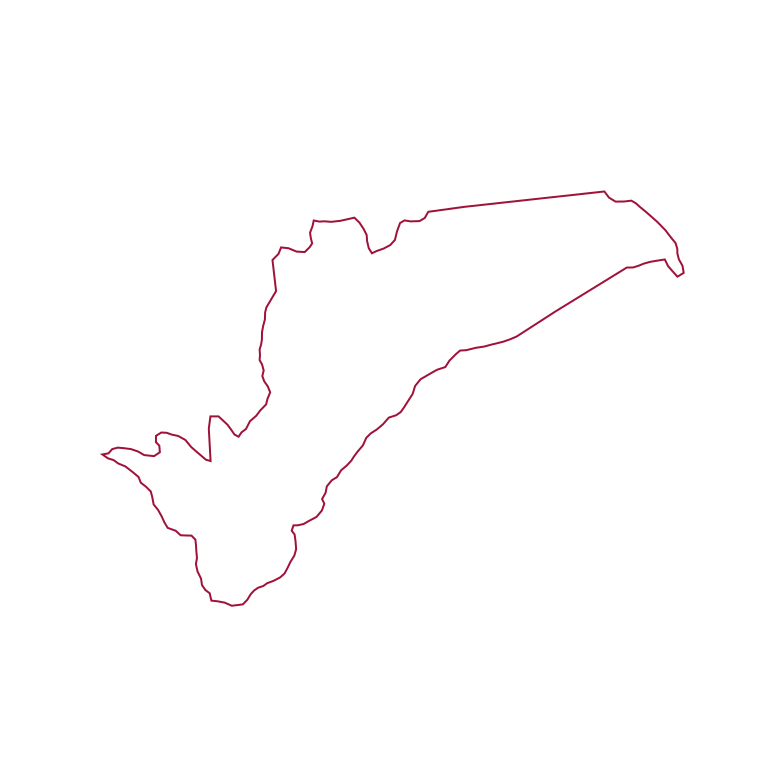 Lajedo do Tabocal, Bahia, Brazil, rotated 204°
{"feature_id": "56859067B65059372475472", "entity_name": "Lajedo do Tabocal", "entity_type": "district", "adm_level": 2, "iso_a3": "BRA", "parent_name": "Brazil", "parent_adm1": "Bahia", "projection": "mercator", "projection_center": [-40.267, -13.448], "detail": "fine", "context": "isolated", "style": "outline", "palette": "rose", "viewbox_px": 768, "rotation_deg": 204, "n_neighbors": 0, "source": "geoboundaries", "source_scale": "gbopen_adm2", "svg_char_len": 2794}
<svg xmlns="http://www.w3.org/2000/svg" viewBox="0 0 768 768"><g transform="rotate(204 384 384)"><path d="M612.6,205.1L606.0,203.8L600.1,204.5L594.4,203.3L586.7,203.5L577.3,201.2L570.4,199.2L566.0,194.9L559.5,193.3L553.4,191.0L549.6,186.3L545.4,180.2L539.2,177.1L533.1,172.5L528.4,168.3L523.1,164.6L514.5,165.2L508.3,163.1L503.2,165.1L498.2,167.2L493.0,165.1L490.2,160.3L487.3,154.7L484.1,149.0L482.6,143.0L478.2,137.0L472.0,131.8L468.5,126.3L463.5,123.2L458.1,121.9L453.6,115.9L447.3,117.9L440.5,119.5L432.9,119.5L427.2,122.9L423.3,125.3L421.1,131.3L420.3,137.7L418.7,142.5L416.1,146.7L412.1,150.4L409.7,154.5L404.8,159.3L400.2,165.1L397.8,170.4L397.3,176.9L397.1,183.7L396.1,190.6L397.1,197.4L401.0,204.6L404.5,210.2L408.6,212.4L409.2,218.0L405.2,219.9L400.5,223.4L396.8,228.5L391.6,235.1L389.3,243.2L389.8,250.3L393.8,253.8L393.1,260.8L394.6,267.3L392.5,274.9L389.1,279.8L388.1,287.7L384.7,294.7L382.7,300.7L381.9,305.9L380.8,310.8L378.3,319.4L378.3,327.6L376.0,333.5L372.1,339.5L368.6,346.7L365.9,355.3L360.2,360.4L357.3,365.2L356.2,370.6L355.0,378.7L353.8,386.6L354.8,394.9L352.5,403.3L348.0,409.5L345.1,413.5L341.2,418.7L334.9,424.4L333.7,432.1L330.6,440.2L328.1,445.5L322.7,448.3L314.7,454.5L307.5,459.1L302.0,463.6L297.3,467.2L292.1,471.3L286.7,476.4L282.1,481.4L257.3,519.4L209.6,589.1L203.8,591.8L199.2,595.9L195.8,599.5L190.6,603.8L184.9,607.6L178.1,612.0L172.5,607.3L167.2,604.8L159.6,601.4L155.4,607.4L159.4,613.4L165.3,617.8L169.1,622.6L171.0,626.7L174.9,631.3L180.1,633.9L184.3,636.1L189.3,638.9L195.8,641.5L201.0,643.5L207.4,645.5L213.8,647.5L222.0,649.8L227.7,651.6L232.6,652.1L239.0,648.3L246.7,644.8L254.3,645.8L261.0,649.5L383.2,578.2L413.6,559.3L414.3,552.2L417.8,547.3L426.0,543.3L431.8,541.8L434.8,537.6L434.2,528.7L432.6,520.1L434.8,513.5L439.4,507.6L444.8,502.5L448.2,498.5L453.1,501.8L457.6,507.7L460.4,513.0L465.6,517.3L472.0,521.4L478.7,523.9L483.4,520.4L490.3,515.3L498.1,510.7L504.6,508.4L509.0,506.1L514.7,504.8L513.5,499.1L513.1,492.1L510.1,487.4L506.8,483.2L507.6,478.6L510.1,472.3L517.7,469.4L526.4,469.2L533.6,466.9L533.3,460.0L536.3,451.9L520.4,425.0L522.6,406.2L521.7,401.0L519.1,394.7L518.0,387.9L516.5,381.7L513.6,374.9L512.3,370.0L511.7,365.0L509.0,359.9L507.4,355.3L503.3,352.2L499.4,347.4L498.4,341.8L494.5,337.7L489.1,334.5L484.6,330.1L484.4,323.0L483.4,317.4L486.3,309.5L487.8,303.0L491.3,295.5L491.8,286.7L494.5,281.9L495.4,276.7L500.0,277.0L504.9,280.0L510.3,283.1L515.2,284.8L521.9,287.1L529.4,283.8L525.9,272.0L511.1,243.1L516.0,242.4L520.9,243.9L527.1,245.7L534.5,248.0L542.7,252.1L551.0,252.8L557.5,251.4L562.5,251.1L567.7,249.1L571.2,243.9L568.7,238.1L564.2,236.3L561.0,230.5L564.7,224.6L574.2,221.5L581.3,222.3L588.7,221.6L596.1,219.4L601.3,217.6L605.8,214.0L607.5,208.6L612.6,205.1Z" fill="none" stroke="#9f1239" stroke-width="2"/></g></svg>